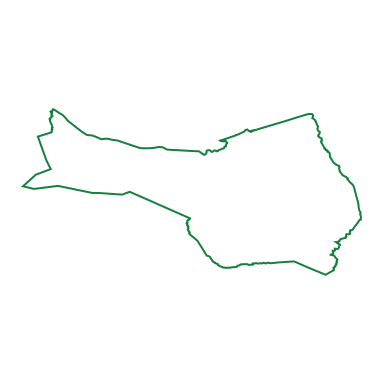 Hurdal nor, Akershus, Norway (Equal Earth projection)
{"feature_id": "86288312B40852234595117", "entity_name": "Hurdal nor", "entity_type": "district", "adm_level": 2, "iso_a3": "NOR", "parent_name": "Norway", "parent_adm1": "Akershus", "projection": "equal_earth", "projection_center": [10.985, 60.427], "detail": "fine", "context": "isolated", "style": "outline", "palette": "green", "viewbox_px": 384, "rotation_deg": 0, "n_neighbors": 0, "source": "geoboundaries", "source_scale": "gbopen_adm2", "svg_char_len": 5945}
<svg xmlns="http://www.w3.org/2000/svg" viewBox="0 0 384 384"><path d="M312.3,114.2L308.7,113.9L297.5,117.2L286.9,120.6L259.4,128.8L255.6,130.0L253.6,130.2L251.7,130.8L252.4,131.2L250.9,131.9L250.3,131.5L248.4,130.7L248.1,130.2L247.3,129.5L246.3,129.7L245.4,130.1L244.6,131.3L244.1,131.6L238.3,134.4L236.8,134.9L235.9,135.0L235.5,135.5L224.3,139.3L220.2,140.6L220.6,140.9L223.2,141.4L224.6,141.3L225.6,140.9L225.8,141.0L225.8,141.3L226.2,141.6L226.3,142.0L226.8,142.3L227.3,142.8L227.3,143.1L226.7,143.5L226.4,143.9L226.2,144.7L225.9,145.0L226.0,145.4L225.8,145.9L225.9,146.3L225.1,146.4L224.3,147.0L224.4,147.4L224.2,147.7L224.0,148.3L221.7,148.9L220.9,149.4L219.7,149.8L218.9,150.1L218.2,150.5L218.0,151.0L217.4,151.3L217.0,151.3L216.9,151.0L216.6,150.8L215.8,150.9L215.4,150.7L214.8,150.5L214.7,150.4L213.8,150.8L212.8,151.5L212.0,152.0L211.5,151.8L211.0,151.1L208.8,150.0L207.7,150.4L206.9,150.5L206.7,150.6L206.5,151.2L206.6,152.3L206.4,152.7L206.4,153.2L206.2,153.5L205.8,153.6L205.5,154.1L204.9,154.6L204.2,154.9L199.1,151.4L197.7,151.2L195.5,151.2L167.1,149.6L162.7,147.3L162.2,147.2L159.1,147.0L158.2,147.1L153.8,147.9L148.7,148.3L140.4,148.2L117.1,140.4L113.5,140.0L106.5,138.6L101.5,139.2L100.8,139.1L98.8,138.0L96.8,137.3L95.3,136.5L93.5,136.0L92.4,135.5L87.0,135.0L82.8,132.4L79.7,130.1L68.0,120.9L66.9,119.7L65.4,117.7L62.9,115.2L61.1,114.0L60.2,113.6L57.4,111.8L55.7,110.6L53.3,109.2L53.1,109.2L52.9,109.4L53.2,110.0L52.6,110.4L52.3,111.1L51.9,111.2L51.8,110.9L51.3,111.0L51.2,111.1L51.4,111.3L51.4,111.8L51.0,111.9L51.5,112.3L52.1,112.4L52.0,112.8L51.5,113.0L52.0,113.5L51.6,114.0L51.7,114.4L51.5,114.6L51.7,114.9L51.5,115.1L52.2,115.8L51.9,116.3L52.1,116.5L51.5,116.7L51.0,117.3L50.8,117.9L50.1,118.2L50.0,118.4L49.7,118.6L49.8,118.9L49.7,119.2L50.1,119.5L49.9,119.8L50.0,120.4L49.9,120.8L50.1,121.5L50.5,122.2L50.6,122.6L50.8,122.8L50.8,123.0L51.3,123.7L51.4,124.3L51.7,124.6L52.1,126.3L52.6,127.1L52.1,127.6L52.2,128.0L51.8,128.1L51.8,128.8L52.2,129.1L52.1,129.3L51.9,129.6L52.1,130.0L52.2,130.4L52.0,130.7L51.5,131.1L51.5,131.5L51.6,132.3L37.9,136.6L46.3,160.1L50.7,169.1L35.8,174.7L23.0,186.3L34.1,188.9L58.0,185.9L92.1,192.9L98.8,193.0L122.1,194.6L129.7,191.8L190.1,218.4L189.8,219.1L188.4,219.9L188.3,220.1L187.4,220.6L187.3,221.5L187.6,222.6L187.5,222.8L187.1,222.8L186.7,222.9L186.6,223.2L186.6,223.6L186.9,223.8L187.3,224.4L187.1,225.1L187.3,225.3L187.7,225.4L188.3,226.2L187.8,226.7L188.0,227.4L188.5,228.1L188.4,228.5L188.5,228.7L188.4,228.9L187.7,229.2L187.7,229.3L187.8,229.6L188.5,230.7L188.7,231.2L189.1,231.5L188.9,231.8L189.3,232.2L189.6,232.5L189.5,232.9L189.7,233.0L189.3,233.6L189.4,234.0L197.3,240.6L203.0,249.5L206.5,255.3L206.9,255.7L208.4,256.0L209.9,256.9L210.2,257.5L211.1,258.7L211.4,259.3L212.2,260.0L212.1,260.4L212.8,261.5L213.7,262.1L214.6,262.3L215.0,262.6L214.9,263.0L215.0,263.1L218.0,264.2L218.1,264.7L218.0,265.0L218.9,265.4L219.7,266.2L222.4,267.0L223.1,267.6L223.9,267.7L225.3,267.5L226.7,268.0L228.4,267.6L229.8,267.8L232.1,267.2L235.1,267.1L236.8,266.8L237.2,266.5L237.2,266.1L237.5,265.8L237.9,265.6L239.3,265.4L239.8,265.2L240.1,264.7L240.6,264.5L242.5,264.2L242.6,264.4L243.5,264.2L245.1,264.3L246.2,264.1L247.0,264.1L248.8,264.9L251.5,264.6L252.1,264.8L252.6,264.8L253.0,264.4L252.7,263.9L252.8,263.4L253.1,263.3L254.5,263.5L255.5,263.2L256.2,263.1L257.4,263.5L258.2,263.6L259.9,263.2L261.6,263.5L262.7,263.0L263.8,262.8L264.4,263.1L265.2,263.2L265.7,263.5L267.0,262.8L267.6,262.7L269.3,263.0L269.7,263.1L271.4,263.2L278.7,262.4L294.1,261.4L307.8,267.4L325.6,274.8L333.9,270.0L333.9,269.3L333.6,268.7L334.0,268.3L333.9,268.0L333.9,267.7L333.7,267.5L334.5,266.9L335.1,266.7L334.8,266.3L334.9,266.1L335.3,265.8L335.5,265.3L335.8,265.1L335.9,264.7L336.2,264.5L336.1,264.3L336.4,264.3L336.3,263.9L336.8,262.8L336.5,262.1L336.9,262.0L337.0,261.8L336.9,260.5L337.4,259.8L337.4,259.5L337.3,259.2L336.7,258.9L335.2,257.3L335.1,256.9L334.4,255.9L332.9,255.2L329.8,254.7L331.1,254.4L332.1,254.4L332.9,253.9L332.9,253.5L333.4,252.9L332.8,252.0L332.7,250.8L334.0,250.8L334.9,250.5L335.2,249.7L334.9,249.2L334.8,248.7L337.0,248.9L338.2,248.7L338.4,248.2L339.0,247.4L339.1,246.0L339.6,245.4L340.0,245.1L339.9,244.6L339.4,244.2L337.6,243.3L336.0,242.1L337.0,242.1L337.9,241.6L338.4,241.8L339.0,241.5L339.1,241.1L339.5,241.0L339.5,240.9L339.7,240.3L339.9,240.0L340.2,239.8L340.7,239.0L345.6,237.9L346.0,237.4L345.8,237.1L346.2,236.8L346.3,236.6L346.0,235.9L346.1,235.5L346.0,235.3L346.5,234.2L348.9,234.3L350.1,233.8L350.2,233.5L350.1,233.2L349.8,232.6L349.7,232.0L349.9,231.5L350.2,231.3L350.0,230.7L350.4,230.2L351.9,230.1L352.7,229.5L353.0,229.3L353.1,228.9L353.7,228.0L355.8,225.2L357.2,223.5L357.7,222.7L360.0,219.5L360.8,219.5L360.7,219.0L360.9,218.2L361.0,217.1L360.6,215.4L360.4,215.0L360.3,214.5L360.1,214.0L360.6,213.2L360.6,212.9L360.4,212.1L359.8,211.4L359.0,209.2L358.7,207.8L358.5,205.0L358.0,202.2L356.4,196.5L354.2,187.9L353.2,185.4L352.3,184.3L350.5,182.9L347.3,179.0L347.8,178.5L347.6,178.1L346.0,177.0L345.9,176.8L345.5,176.8L344.9,176.5L342.4,174.9L340.3,172.1L339.6,171.4L339.8,170.4L339.3,169.4L339.1,168.3L339.2,167.2L339.5,167.0L339.3,166.1L338.8,165.7L337.7,165.4L335.6,164.3L334.1,163.0L333.1,161.9L332.5,161.0L332.3,160.4L330.0,157.0L329.7,153.4L329.4,153.0L329.4,152.8L328.8,152.1L328.5,152.0L328.0,152.1L327.8,152.0L327.7,151.7L327.6,150.9L327.1,151.0L326.7,150.5L326.7,150.2L326.2,150.1L326.3,149.9L325.9,149.7L325.6,149.5L325.2,148.8L325.2,148.6L324.4,148.6L324.0,147.1L321.1,142.1L321.1,141.2L321.7,140.4L322.0,140.4L321.6,139.3L321.8,138.8L321.7,138.5L321.2,138.2L320.3,137.9L319.9,137.5L319.1,137.0L318.9,136.4L318.3,136.4L318.2,135.8L318.3,135.1L318.7,134.4L319.0,134.1L319.4,133.8L319.9,132.4L319.9,132.1L318.1,130.7L317.4,129.1L318.0,126.6L316.8,124.4L316.6,123.4L316.2,122.7L315.8,122.4L315.9,122.1L315.6,121.7L315.7,121.2L315.5,120.8L315.1,120.5L314.7,119.7L312.3,118.0L312.9,117.0L313.0,115.3L312.3,114.2Z" fill="none" stroke="#15803d" stroke-width="2"/></svg>